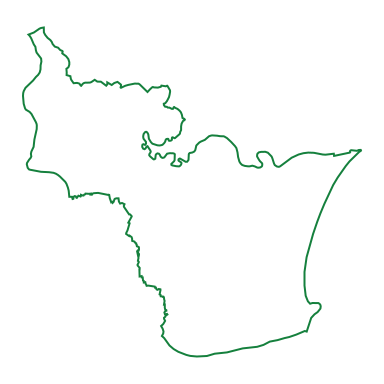 the district of Hoang Hoa, Thanh Hóa, Vietnam
{"feature_id": "81297802B91620400281223", "entity_name": "Hoang Hoa", "entity_type": "district", "adm_level": 2, "iso_a3": "VNM", "parent_name": "Vietnam", "parent_adm1": "Thanh Hóa", "projection": "mercator", "projection_center": [105.839, 19.866], "detail": "fine", "context": "isolated", "style": "outline", "palette": "green", "viewbox_px": 384, "rotation_deg": 0, "n_neighbors": 0, "source": "geoboundaries", "source_scale": "gbopen_adm2", "svg_char_len": 5915}
<svg xmlns="http://www.w3.org/2000/svg" viewBox="0 0 384 384"><path d="M28.5,34.6L29.8,36.0L31.2,38.3L33.8,44.4L35.4,46.8L35.9,50.3L36.6,52.6L41.1,58.5L41.4,61.6L40.6,65.3L40.5,69.4L39.7,72.5L38.1,74.9L35.9,77.0L33.1,80.5L25.5,87.8L23.7,91.2L23.2,93.1L23.0,95.9L23.7,103.8L25.0,108.2L25.8,109.6L29.6,111.9L31.5,114.0L35.9,122.2L36.6,124.0L36.8,125.4L36.7,129.1L34.4,139.5L33.6,146.9L31.4,151.5L31.2,152.4L30.9,153.8L31.3,156.5L30.5,158.1L29.1,159.7L27.0,163.0L26.8,164.3L27.7,167.8L29.0,169.4L29.9,169.7L41.0,171.8L49.0,172.2L53.5,172.8L55.9,173.7L58.0,175.0L60.0,176.6L65.3,181.9L66.5,183.9L67.9,187.6L68.7,190.7L69.3,196.8L72.0,196.8L72.6,199.0L73.3,198.8L73.7,196.7L74.6,196.1L75.7,196.3L76.4,197.7L76.8,197.9L78.4,195.7L80.6,196.5L80.9,196.1L81.0,194.8L82.7,195.5L83.6,195.5L84.1,194.7L85.2,194.3L85.5,193.6L88.9,193.8L90.8,193.6L90.5,194.6L91.9,194.7L92.5,193.7L93.8,193.2L98.1,192.9L108.1,194.9L108.5,194.7L109.2,194.9L109.8,198.2L111.2,202.3L112.0,201.8L112.6,202.9L113.6,201.9L114.5,199.2L115.1,198.7L116.6,198.3L118.5,198.3L118.9,201.5L120.1,203.6L122.0,203.0L124.5,204.2L123.8,206.0L124.0,206.9L129.1,214.4L129.7,214.3L130.2,214.5L131.7,216.2L131.7,216.5L128.3,222.7L129.6,223.3L127.5,230.4L126.3,232.8L126.1,233.9L129.2,236.1L129.6,235.6L131.6,237.1L132.1,238.6L132.2,240.9L134.5,241.6L135.3,242.9L136.2,243.3L136.3,244.5L136.7,244.7L136.9,246.3L138.6,246.9L138.9,247.3L139.0,249.4L138.7,250.5L137.7,250.4L137.2,251.2L138.0,252.3L137.9,252.9L138.2,253.3L138.8,253.6L139.0,254.5L138.9,255.1L137.7,254.1L138.5,257.9L137.9,260.9L138.7,261.6L138.8,262.1L137.5,264.9L137.7,265.6L139.7,267.9L139.6,269.5L139.4,269.5L139.6,276.5L141.6,276.1L141.7,277.4L142.7,277.4L143.0,280.5L143.7,280.8L143.8,282.5L145.3,282.2L145.6,283.8L146.1,284.4L146.6,285.8L148.4,285.6L154.8,286.6L155.1,287.7L155.9,287.6L156.5,289.3L157.3,289.8L157.7,289.8L158.7,289.0L160.4,289.3L160.5,290.0L159.6,294.4L160.5,294.8L160.7,296.3L163.2,296.6L163.2,297.1L163.9,297.3L164.2,299.6L164.6,300.9L164.0,304.6L164.8,304.5L164.8,307.8L165.1,309.0L165.2,309.6L166.3,310.1L166.5,311.5L165.8,310.5L164.4,312.4L164.9,314.2L165.6,314.3L167.0,313.9L167.4,314.5L165.5,315.8L165.3,316.7L164.0,317.8L164.1,318.9L165.1,320.9L163.2,324.1L161.1,326.0L162.6,328.6L163.5,331.4L163.2,333.6L161.9,336.0L164.1,338.0L169.5,345.5L173.6,349.0L178.3,351.8L186.3,354.9L190.2,355.9L196.8,356.5L206.9,356.0L214.7,353.7L227.0,352.4L242.7,348.4L257.2,346.8L263.5,344.9L269.8,341.6L277.6,340.1L284.5,338.1L289.3,337.0L296.3,334.6L304.8,331.0L306.7,331.6L311.2,317.9L314.5,314.3L317.6,312.1L320.4,308.6L320.7,306.6L320.5,305.2L319.9,304.2L318.5,303.1L312.5,303.0L310.1,303.7L307.9,301.3L305.7,295.8L304.5,285.6L304.5,271.9L306.6,257.2L313.1,233.9L317.2,221.9L320.4,213.4L324.4,203.8L333.2,185.0L337.7,177.5L345.7,166.1L349.5,161.4L359.4,151.7L360.7,151.0L361.0,150.3L360.7,149.9L358.8,150.0L357.0,150.8L351.2,150.2L350.5,150.5L350.0,151.2L350.2,152.1L349.8,152.6L334.1,155.9L333.8,153.7L325.5,154.7L322.7,154.5L313.9,152.8L308.2,152.6L303.4,153.2L298.6,154.5L291.7,157.7L280.3,166.2L279.4,166.7L278.5,166.8L276.9,166.5L274.8,165.1L274.0,163.5L272.4,158.4L271.6,156.5L267.9,152.7L265.3,151.8L261.1,151.9L259.0,152.3L257.5,153.6L257.1,155.0L257.1,156.5L258.7,159.3L259.8,161.0L262.1,163.3L262.3,164.1L262.1,165.9L261.7,166.5L260.4,167.4L258.7,167.7L257.3,167.6L254.8,166.4L252.3,165.7L249.8,166.3L247.8,166.3L244.8,165.9L242.2,165.0L240.6,163.5L239.4,161.6L238.1,157.0L237.5,152.4L236.4,148.1L235.0,146.1L231.2,142.0L227.0,138.1L224.5,136.6L223.7,136.3L220.1,136.2L217.1,135.7L212.5,135.4L211.3,135.5L209.1,136.2L204.8,139.9L201.0,141.5L199.3,142.5L196.6,145.2L196.3,145.6L195.3,150.0L194.3,151.5L192.4,152.5L189.7,153.0L189.0,153.7L188.8,154.3L188.5,159.9L187.2,161.7L185.7,161.8L180.1,158.6L179.5,158.6L178.6,159.3L178.4,160.1L178.7,160.8L181.1,162.4L181.5,163.1L181.1,164.6L180.2,165.7L179.1,166.4L176.2,166.2L172.2,165.4L171.4,164.9L171.3,164.0L174.1,161.2L174.6,160.1L174.8,154.2L174.1,153.6L173.1,153.3L169.8,153.2L167.1,153.7L164.3,157.4L162.8,157.9L161.8,157.6L160.7,156.7L159.7,154.6L158.9,153.7L157.4,153.4L156.3,154.1L155.7,155.0L155.3,158.6L154.6,159.2L153.8,159.4L153.1,159.0L149.9,156.2L149.2,155.1L149.4,154.0L150.5,152.4L150.7,151.4L150.3,150.4L147.5,146.2L146.7,146.5L145.4,148.6L144.5,149.2L143.2,148.7L142.3,147.1L142.2,146.0L142.5,144.6L143.5,144.2L145.0,144.9L146.0,143.7L145.9,141.8L143.6,138.8L143.3,137.7L143.2,136.2L143.6,134.1L144.9,132.3L145.6,131.9L146.6,131.9L147.8,133.3L148.3,134.5L148.9,138.8L150.9,142.1L152.4,143.7L157.4,145.3L159.5,145.5L161.2,145.2L162.5,144.8L164.2,143.1L165.2,141.6L165.6,140.0L166.4,139.0L167.9,138.8L168.3,139.0L168.8,140.6L169.5,140.8L170.7,140.7L171.6,140.2L171.9,139.7L171.9,138.0L172.1,137.5L172.7,137.3L174.5,138.2L175.0,138.1L179.6,134.1L180.0,133.3L180.2,131.9L181.1,130.1L181.1,126.3L181.6,123.6L182.9,121.2L183.5,120.5L184.4,120.3L184.8,119.5L184.2,118.8L182.5,118.0L181.9,114.8L180.9,112.3L179.6,110.7L177.5,108.9L174.8,107.7L174.4,107.1L174.1,107.0L173.7,107.3L172.9,108.9L171.9,108.9L169.4,107.6L167.8,107.6L166.8,106.8L165.1,106.7L163.9,105.1L163.8,103.7L165.3,103.2L167.0,101.0L169.0,97.1L169.6,94.6L170.1,91.7L170.0,90.3L167.5,86.0L167.1,85.7L165.9,86.3L161.4,85.6L160.8,86.8L157.9,87.6L153.9,87.4L152.9,87.0L152.3,87.2L150.2,89.1L147.5,92.0L139.8,84.5L138.6,83.7L134.7,83.6L128.3,84.9L125.2,85.8L121.0,87.8L120.6,87.5L121.1,85.0L120.8,84.5L117.5,81.9L114.3,83.0L111.7,85.0L107.3,82.4L107.3,84.4L106.2,85.7L100.9,81.7L97.3,81.6L94.7,79.8L91.3,82.1L89.9,82.6L85.0,82.7L83.6,83.2L82.6,84.0L81.2,85.8L80.7,85.6L79.5,83.7L78.8,83.4L77.0,82.9L73.6,83.2L71.3,79.9L70.8,78.7L70.4,76.2L66.6,75.1L66.7,72.4L66.4,68.8L67.9,67.7L68.6,66.9L69.3,64.6L69.3,62.1L68.3,59.0L66.1,56.2L62.5,53.6L62.2,53.2L62.7,51.7L62.4,51.0L60.2,50.0L58.1,47.7L54.8,46.6L52.6,44.0L51.8,42.0L50.4,40.1L47.6,37.9L45.2,34.9L43.9,32.4L43.8,27.5L41.0,28.0L39.4,28.7L33.9,32.5L28.5,34.6Z" fill="none" stroke="#15803d" stroke-width="2"/></svg>